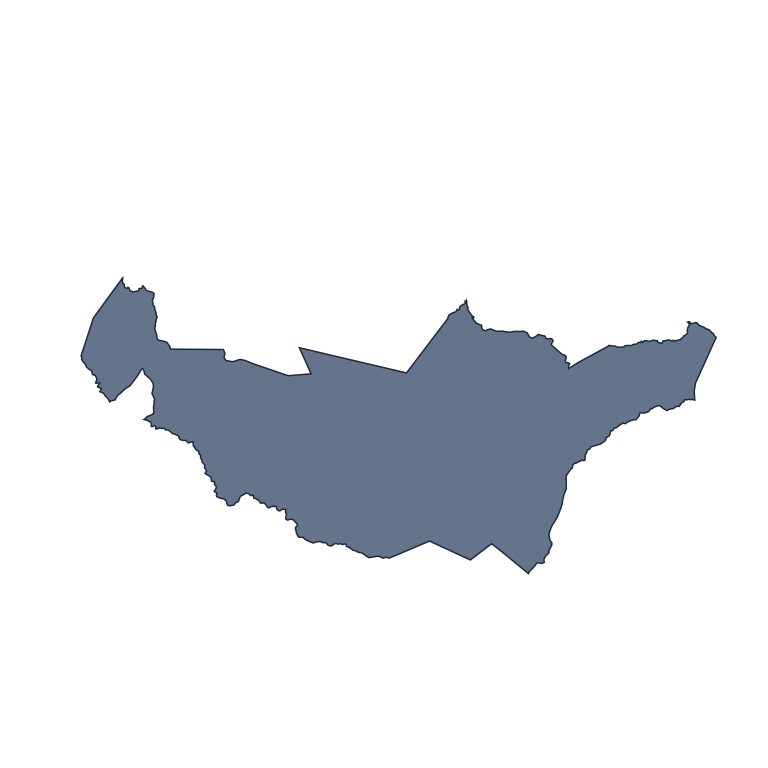 outline of Intibuca, Intibucá, Honduras, rotated 292°
{"feature_id": "27666195B5918981797779", "entity_name": "Intibuca", "entity_type": "district", "adm_level": 2, "iso_a3": "HND", "parent_name": "Honduras", "parent_adm1": "Intibucá", "projection": "mercator", "projection_center": [-88.141, 14.453], "detail": "fine", "context": "isolated", "style": "filled", "palette": "slate", "viewbox_px": 768, "rotation_deg": 292, "n_neighbors": 0, "source": "geoboundaries", "source_scale": "gbopen_adm2", "svg_char_len": 6164}
<svg xmlns="http://www.w3.org/2000/svg" viewBox="0 0 768 768"><g transform="rotate(292 384 384)"><path d="M264.6,136.3L266.1,137.3L268.7,140.8L271.7,140.9L274.1,141.5L276.2,142.9L282.6,145.8L287.3,149.2L299.2,152.4L307.2,153.7L307.8,154.0L307.9,154.6L306.5,156.3L303.5,158.5L300.8,166.1L298.0,169.7L295.3,171.2L288.2,172.5L284.0,177.1L282.1,177.1L279.8,178.2L276.6,178.8L270.6,181.5L268.2,179.9L265.1,176.6L261.9,175.3L261.2,174.7L261.5,178.7L261.3,181.8L260.1,183.2L257.5,184.1L257.6,185.0L259.1,186.5L259.4,187.6L259.0,188.4L257.1,188.9L256.9,189.4L257.4,190.6L259.2,192.1L259.7,195.0L260.6,196.3L260.3,197.8L259.6,198.3L260.5,201.5L258.8,206.8L259.1,210.4L258.9,212.5L258.6,213.1L256.7,214.7L256.1,216.5L256.3,218.4L257.4,221.6L256.2,224.2L256.2,224.9L258.1,227.0L258.7,228.8L255.7,230.0L252.5,234.7L252.0,237.6L250.2,238.4L249.1,240.8L248.5,241.1L247.3,241.2L244.7,243.9L243.5,244.6L241.7,248.2L239.1,248.9L237.2,252.0L234.1,251.5L232.8,258.4L229.3,260.5L229.8,263.1L229.5,263.8L227.7,264.2L225.8,267.2L223.6,267.3L221.0,266.7L220.6,267.5L220.5,269.7L217.7,270.4L216.9,271.1L216.7,274.8L217.5,278.6L216.3,281.7L214.3,283.1L213.0,284.6L213.3,286.7L215.7,290.2L218.2,290.8L219.4,292.1L220.8,292.9L222.7,293.0L224.6,292.7L226.5,293.3L231.0,296.9L231.6,298.4L231.6,299.6L230.6,301.9L231.9,304.6L229.5,305.9L229.7,306.9L229.2,311.4L227.3,314.0L227.8,315.4L228.6,316.6L228.5,318.2L227.7,319.9L226.3,321.6L225.9,322.8L226.3,324.0L228.6,325.8L229.1,327.9L230.3,329.2L230.0,329.9L227.6,331.7L227.0,334.1L227.4,334.9L230.0,336.9L230.8,339.6L230.4,340.3L228.5,340.5L226.7,342.3L223.0,343.1L221.8,343.8L221.7,345.6L223.7,348.1L224.2,350.2L222.5,354.3L221.3,356.3L220.3,356.7L218.1,355.8L217.1,355.8L212.5,359.1L210.7,361.2L210.1,362.6L211.5,366.0L210.5,368.9L210.0,372.9L210.0,377.6L210.5,378.7L212.0,380.0L213.8,383.4L214.1,384.6L214.0,387.0L214.9,389.0L214.9,389.9L213.6,392.4L213.7,394.7L214.4,396.2L217.0,397.8L218.2,399.1L218.3,401.4L219.7,403.5L219.5,405.3L221.3,408.2L220.8,409.3L219.4,410.0L219.3,414.1L218.3,416.9L218.3,418.6L218.9,420.5L218.3,422.8L219.1,426.5L217.3,434.9L222.0,442.7L222.4,444.9L222.1,447.4L222.3,448.6L223.9,450.5L224.8,454.4L255.4,485.0L253.2,530.0L276.2,543.6L272.4,556.8L262.3,588.9L265.1,589.2L269.0,590.9L275.5,593.0L276.2,594.5L276.5,597.1L278.7,599.5L280.7,598.1L281.7,598.0L284.9,598.3L289.4,600.2L291.5,599.3L296.9,599.9L298.7,599.6L299.8,599.0L300.8,597.0L303.6,594.6L304.9,594.3L305.8,593.2L307.9,593.2L309.5,592.8L314.9,592.8L325.6,594.6L335.3,594.5L339.8,594.0L343.5,593.1L348.7,592.3L355.1,592.3L364.6,588.3L367.6,587.4L375.2,589.1L376.8,590.1L378.9,589.5L380.2,589.6L381.9,590.5L382.9,592.2L383.7,592.5L387.5,596.2L387.8,597.9L388.3,598.5L389.7,598.6L393.4,597.2L396.8,597.6L398.7,597.1L401.0,599.3L402.7,599.3L403.3,599.5L409.5,607.3L414.4,610.4L417.6,610.2L418.8,611.3L421.0,612.4L425.1,611.7L426.5,613.5L429.3,614.0L430.6,615.9L435.2,618.5L436.6,619.9L437.4,620.2L437.6,622.7L439.9,624.1L443.6,627.6L445.2,630.9L450.0,632.5L452.1,632.1L453.0,632.4L453.6,633.2L454.4,636.0L457.2,639.4L457.9,639.9L460.3,640.2L461.6,641.8L464.3,643.6L467.1,647.2L467.1,648.4L465.6,653.1L465.4,656.3L467.5,658.1L469.6,661.4L472.8,663.6L473.8,666.1L478.2,667.1L480.0,668.6L482.1,668.6L482.5,670.3L484.1,672.4L484.3,674.3L485.3,675.7L485.4,678.2L493.8,674.2L501.4,672.5L551.7,674.5L552.4,672.5L554.1,670.4L554.4,668.7L556.0,665.5L556.0,661.6L556.5,659.0L556.4,654.5L558.0,651.0L557.6,649.6L555.8,647.7L555.2,646.5L555.1,645.0L555.7,644.8L556.1,644.1L555.8,643.0L555.2,642.4L555.2,643.1L554.2,643.7L553.8,644.8L553.1,645.4L551.3,644.6L547.9,644.8L545.0,646.3L543.6,646.0L540.6,643.8L538.7,643.7L537.8,642.5L536.2,642.6L535.2,640.5L533.7,639.1L533.5,637.7L531.9,636.9L532.8,635.6L531.5,634.4L531.8,632.3L530.8,630.2L529.6,628.9L528.9,627.1L528.4,626.6L526.3,626.6L525.7,626.2L525.2,622.7L526.7,621.0L525.9,619.9L525.9,617.9L522.8,614.0L522.5,611.4L521.8,609.4L521.2,608.9L519.4,608.3L520.0,606.5L518.6,606.4L518.0,604.4L516.6,603.9L515.5,603.0L514.0,600.1L512.3,599.1L511.3,596.1L509.9,593.5L509.6,593.1L508.4,592.8L507.9,592.1L505.6,586.8L505.8,584.0L504.8,581.6L504.1,578.1L502.7,577.4L477.4,556.6L467.5,549.4L469.7,548.4L472.4,548.6L472.8,546.8L472.2,544.9L472.3,544.4L473.3,543.4L477.0,543.1L477.7,542.5L478.4,540.8L478.2,538.8L478.5,537.0L483.0,524.5L483.7,524.1L486.4,524.6L487.5,524.5L488.3,523.8L488.6,522.5L488.5,521.3L487.3,519.2L486.9,517.5L488.8,515.0L488.2,512.7L487.9,509.0L487.5,508.4L485.5,507.3L482.3,504.7L481.9,502.8L482.4,501.0L485.1,497.5L485.2,493.4L483.4,489.9L482.5,487.2L480.9,483.9L479.1,481.4L477.2,473.6L475.0,468.4L475.0,462.2L473.2,459.7L471.5,458.5L471.4,456.8L470.9,455.6L472.6,453.7L475.0,452.4L474.8,450.2L475.3,448.2L474.6,446.7L476.2,445.3L476.3,444.1L477.4,442.7L478.2,441.1L478.4,440.9L479.1,442.4L479.5,442.4L480.5,439.5L484.3,433.9L485.2,433.3L486.2,433.4L487.0,432.3L489.7,430.5L491.2,430.0L492.4,429.0L491.6,429.0L491.0,428.1L489.5,429.0L488.9,429.0L485.7,426.1L484.3,425.5L480.8,425.7L480.5,423.8L478.2,423.8L474.8,420.2L472.8,418.7L470.1,418.3L468.5,418.6L402.7,400.7L385.9,292.0L366.1,312.6L355.8,292.1L353.7,254.0L353.8,247.1L353.4,243.7L352.9,241.5L352.0,240.1L348.5,236.2L347.7,234.6L347.4,232.3L346.5,228.9L348.2,226.0L353.0,224.8L355.8,222.2L336.3,172.9L337.6,172.1L339.0,170.8L341.3,167.1L341.2,164.0L340.2,158.8L340.5,157.5L341.1,156.5L344.4,154.8L349.5,150.6L352.3,150.3L354.8,149.1L356.6,149.3L357.8,148.7L361.0,148.7L363.2,146.4L364.5,146.1L367.0,143.8L369.5,142.5L370.8,140.1L373.2,139.2L374.3,138.0L378.5,137.9L381.9,136.8L382.3,134.6L381.6,128.7L382.7,127.4L384.8,123.7L384.1,123.3L383.0,123.7L381.8,123.6L380.8,121.2L379.0,121.4L378.2,121.0L375.3,117.0L375.5,115.7L375.1,114.1L377.8,111.1L377.6,110.3L376.8,110.2L376.4,109.7L376.3,108.3L376.7,107.0L378.9,106.1L379.4,104.8L380.8,103.0L383.2,102.5L384.5,101.9L336.4,89.8L296.6,92.6L296.0,93.6L293.7,94.4L292.6,95.6L291.9,96.5L291.1,98.6L288.1,102.2L287.1,105.4L286.8,108.0L283.6,110.1L283.8,113.1L281.0,116.0L276.8,116.2L276.9,117.1L278.5,119.2L278.5,120.0L277.9,120.2L274.5,119.2L273.9,120.1L274.1,122.5L273.8,123.6L270.4,123.4L270.5,127.2L268.5,130.0L266.9,133.8L264.6,136.3Z" fill="#64748b" stroke="#1e293b" stroke-width="1.5"/></g></svg>